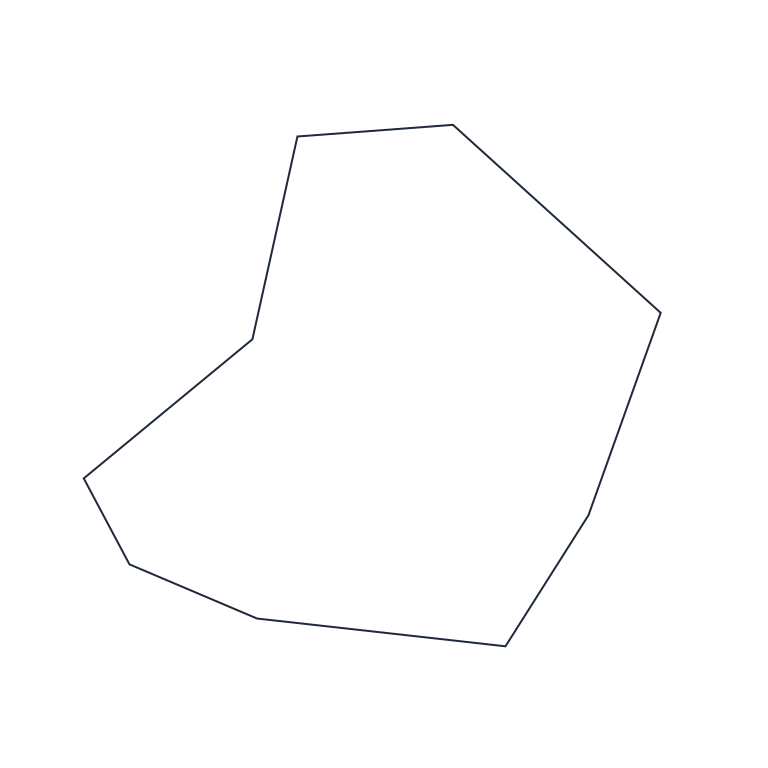 the state/province of Lija, rotated 293°
{"feature_id": "MLT-5929", "entity_name": "Lija", "entity_type": "state/province", "adm_level": 1, "iso_a3": "MLT", "parent_name": "Malta", "parent_adm1": "", "projection": "mercator", "projection_center": [14.439, 35.9], "detail": "fine", "context": "isolated", "style": "outline", "palette": "slate", "viewbox_px": 768, "rotation_deg": 293, "n_neighbors": 0, "source": "natural_earth", "source_scale": "10m", "svg_char_len": 286}
<svg xmlns="http://www.w3.org/2000/svg" viewBox="0 0 768 768"><g transform="rotate(293 384 384)"><path d="M190.0,598.3L118.5,358.8L118.5,220.2L179.8,144.5L373.8,245.4L578.0,207.6L649.5,346.2L557.6,610.9L343.2,623.5L190.0,598.3Z" fill="none" stroke="#1e293b" stroke-width="2"/></g></svg>